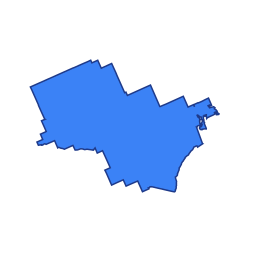 Benito Juárez, Sonora, Mexico, rotated 246°
{"feature_id": "50627088B53965479624602", "entity_name": "Benito Juárez", "entity_type": "district", "adm_level": 2, "iso_a3": "MEX", "parent_name": "Mexico", "parent_adm1": "Sonora", "projection": "natural_earth1", "projection_center": [-109.898, 27.098], "detail": "fine", "context": "isolated", "style": "filled", "palette": "blue", "viewbox_px": 256, "rotation_deg": 246, "n_neighbors": 0, "source": "geoboundaries", "source_scale": "gbopen_adm2", "svg_char_len": 5324}
<svg xmlns="http://www.w3.org/2000/svg" viewBox="0 0 256 256"><g transform="rotate(246 128 128)"><path d="M152.2,39.1L148.7,39.1L148.0,42.0L147.5,41.9L147.2,42.8L147.3,42.8L147.5,45.4L147.2,45.8L146.7,46.3L146.4,46.5L146.3,55.8L138.4,55.7L138.6,56.7L138.1,57.3L137.3,58.0L136.9,58.4L135.6,60.3L134.5,61.2L134.5,67.6L134.5,70.6L129.4,70.7L129.1,71.4L128.5,73.0L128.2,76.4L127.4,77.8L127.0,78.4L126.4,79.0L126.0,79.4L125.8,79.9L125.3,81.9L123.0,85.6L121.9,87.2L122.4,87.6L122.1,88.1L122.4,88.4L123.2,89.8L117.6,89.7L117.6,95.5L105.0,95.6L98.9,95.6L98.9,89.7L97.7,89.8L95.4,89.9L82.5,89.8L82.6,95.6L82.6,99.4L82.6,102.6L75.7,102.6L75.7,105.8L75.6,115.3L63.9,115.3L63.9,122.4L64.3,122.5L64.5,122.4L65.0,122.3L64.8,123.0L64.9,123.5L65.0,123.8L65.2,124.0L65.4,124.2L65.2,124.7L64.6,125.7L64.7,125.8L64.5,126.1L60.1,131.9L58.8,133.7L58.6,134.0L57.4,135.5L52.2,142.4L50.8,144.4L50.8,144.8L50.9,145.2L51.4,145.6L51.5,145.8L51.8,146.0L52.0,146.0L52.3,146.1L52.5,146.4L52.8,147.0L53.3,147.3L53.4,147.5L53.8,147.7L54.0,147.8L54.6,148.1L55.1,148.2L55.9,149.0L56.3,149.1L57.3,149.5L57.8,149.8L58.1,149.8L58.6,150.1L59.1,150.5L59.9,150.7L62.1,150.9L62.7,151.0L63.0,151.1L63.3,151.2L63.9,151.3L64.0,152.1L64.3,152.9L64.5,153.4L64.8,153.9L65.2,154.2L66.1,154.5L66.2,154.8L66.6,155.2L66.9,155.3L67.4,156.0L67.6,156.2L68.3,156.8L68.7,157.4L69.5,157.9L69.7,158.0L69.9,158.1L70.3,158.4L70.8,158.6L71.0,159.2L71.3,159.6L71.7,160.2L72.1,160.6L72.8,161.6L73.0,161.9L74.0,162.5L74.3,163.0L74.7,163.6L75.2,164.3L75.3,164.9L75.6,165.3L75.9,165.6L76.2,166.0L76.3,166.4L76.7,166.8L76.9,167.2L77.0,167.6L77.3,167.9L77.5,168.0L77.8,168.1L78.7,170.9L78.7,171.7L78.8,172.1L78.9,172.4L79.1,172.7L79.6,173.1L79.9,173.6L80.4,174.6L80.9,175.4L81.3,176.0L81.5,176.8L81.7,177.4L81.9,178.1L82.3,178.7L82.4,178.8L82.8,179.4L83.1,179.6L83.4,180.0L83.8,180.5L83.8,180.8L83.7,181.4L83.8,182.2L83.8,182.6L83.7,183.5L83.5,183.8L83.1,183.9L82.6,183.8L82.2,183.8L83.2,189.8L83.3,189.7L83.5,189.7L100.7,190.9L100.5,191.1L100.6,191.3L100.8,191.5L100.9,191.4L101.0,191.4L101.2,191.7L101.4,191.8L101.5,192.0L101.5,192.5L101.6,193.1L101.5,193.6L100.9,194.6L100.7,194.9L100.5,195.2L100.8,195.3L101.1,195.4L101.5,195.3L101.9,195.3L102.0,195.7L102.7,195.9L102.9,195.5L103.1,195.5L103.3,195.7L103.6,195.7L103.9,195.9L104.1,195.9L104.3,195.9L104.7,196.1L104.8,196.2L105.0,196.1L105.4,196.3L105.6,196.4L106.2,196.7L106.4,196.9L106.8,197.1L107.2,197.1L107.7,197.1L107.9,197.1L108.1,197.2L108.3,197.3L108.4,197.2L108.5,197.2L108.9,196.7L109.5,196.4L110.0,196.2L110.1,196.3L110.3,196.4L110.5,196.4L110.6,196.5L110.8,196.4L111.0,196.4L111.3,196.3L111.5,196.3L111.5,197.0L111.4,197.1L110.9,197.2L110.7,197.2L110.6,197.4L109.6,198.0L109.4,198.1L109.1,198.0L108.8,198.2L108.7,198.3L108.6,198.6L108.5,199.0L108.4,199.2L108.1,199.4L105.8,198.2L105.4,199.4L104.0,198.9L103.1,197.8L102.1,197.0L101.2,197.2L101.1,196.9L100.7,196.8L100.6,196.7L100.3,196.5L100.1,196.4L99.8,196.1L99.6,195.7L99.4,194.9L99.5,194.2L99.6,193.9L99.0,193.3L98.8,193.2L98.4,193.2L98.2,193.2L97.6,193.6L97.4,193.5L97.2,193.6L96.7,194.1L96.6,194.6L96.4,194.9L96.3,195.2L96.4,195.4L96.6,195.5L96.4,195.7L96.4,195.9L96.4,196.2L96.2,197.3L95.3,199.1L95.6,199.3L96.3,199.3L96.5,199.4L98.2,199.4L99.6,199.5L99.9,199.4L100.2,199.4L100.7,199.5L101.4,199.8L101.7,200.0L101.8,199.7L105.0,200.7L106.2,200.7L107.9,201.5L107.5,201.9L107.5,202.0L107.6,202.3L107.8,202.3L108.0,202.3L108.4,202.4L108.6,202.6L108.6,202.8L108.4,202.9L108.1,203.3L107.5,203.3L107.4,203.4L107.4,203.5L107.6,203.5L107.8,203.7L107.9,203.8L108.0,203.9L108.0,204.1L108.2,204.3L108.3,204.2L108.4,204.5L108.3,204.8L108.2,204.7L108.0,204.8L107.8,204.8L107.6,204.6L107.4,205.0L107.4,204.6L107.5,204.5L107.7,204.4L107.4,204.1L106.7,204.3L106.6,204.2L106.5,204.3L106.1,204.2L105.8,204.3L105.8,204.2L105.7,204.2L105.4,204.0L105.1,204.0L105.0,203.8L104.8,203.7L104.7,203.7L104.8,203.8L104.9,204.2L105.1,205.2L105.2,207.5L105.2,211.1L105.3,211.9L105.4,212.1L105.3,212.4L105.4,212.8L105.5,213.0L105.8,213.5L106.3,213.4L106.5,213.3L106.5,213.2L107.5,213.2L107.3,213.3L107.1,213.6L107.0,214.1L106.8,214.4L106.6,214.3L106.1,214.4L105.8,214.6L105.6,214.6L105.2,214.5L104.4,214.1L104.2,214.1L103.9,214.9L103.6,215.8L103.5,216.5L103.9,216.9L104.1,216.7L104.2,216.4L104.8,216.3L105.2,216.3L105.3,216.2L105.3,215.9L105.4,215.7L105.7,215.7L105.9,215.8L106.0,215.6L106.3,215.6L106.4,215.2L106.5,215.2L106.8,215.1L107.1,215.3L107.2,215.5L107.1,215.9L106.9,216.0L107.1,216.3L107.3,216.2L107.9,215.9L108.4,215.8L108.8,215.8L109.0,215.8L109.1,215.7L109.5,215.5L110.0,215.1L110.1,214.9L110.2,214.7L110.5,214.7L110.7,214.8L111.2,215.2L111.3,215.6L112.6,214.9L113.3,210.7L115.0,210.7L115.0,210.3L115.8,210.2L115.8,211.8L114.8,211.3L114.7,213.6L122.6,213.7L122.5,209.7L122.3,206.5L122.3,202.6L122.6,202.3L122.6,197.6L120.3,197.4L122.7,197.2L122.7,191.4L134.5,191.4L134.4,172.3L134.5,169.2L134.5,166.2L134.7,165.8L158.1,166.0L158.1,159.7L158.0,140.7L161.6,140.7L161.6,139.3L181.7,139.3L181.8,139.4L184.2,139.4L193.6,139.3L193.5,127.9L202.2,127.9L202.2,121.5L205.1,121.5L205.0,118.5L205.1,111.8L205.1,102.7L205.2,102.4L205.2,89.8L205.2,74.6L205.2,64.4L205.2,55.5L202.1,55.6L193.5,55.6L193.4,55.6L185.4,55.6L185.1,55.4L184.9,55.4L178.8,55.4L169.9,55.5L169.7,55.7L169.8,51.9L158.1,51.9L158.0,50.8L158.0,45.5L152.2,45.4L152.2,39.1Z" fill="#3b82f6" stroke="#1e3a8a" stroke-width="1.5"/></g></svg>